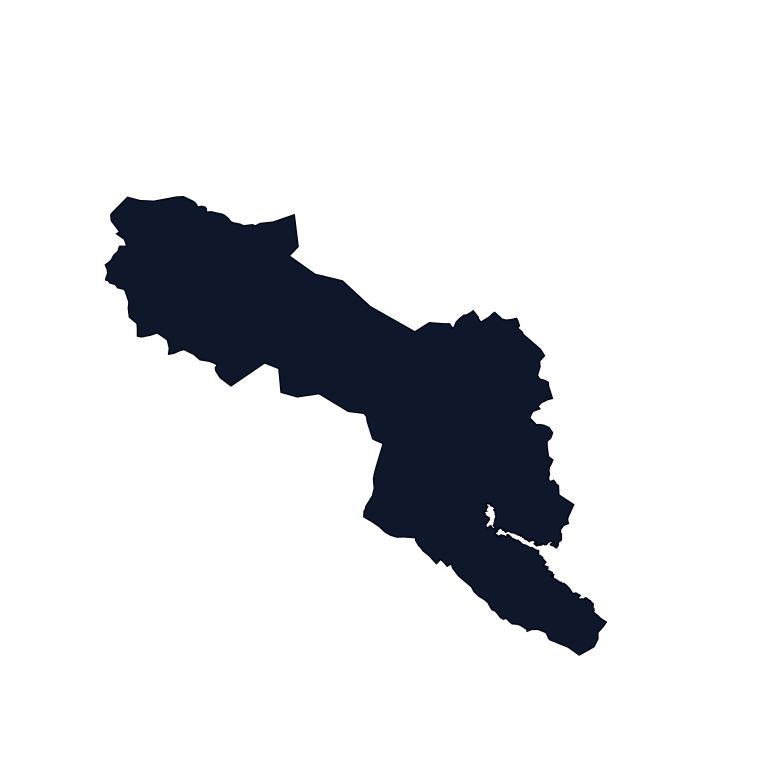 Gaular nor, Sogn og Fjordane, Norway (orthographic projection), rotated 214°
{"feature_id": "86288312B84255717767611", "entity_name": "Gaular nor", "entity_type": "district", "adm_level": 2, "iso_a3": "NOR", "parent_name": "Norway", "parent_adm1": "Sogn og Fjordane", "projection": "orthographic", "projection_center": [5.75, 61.331], "detail": "fine", "context": "isolated", "style": "filled", "palette": "ink", "viewbox_px": 768, "rotation_deg": 214, "n_neighbors": 0, "source": "geoboundaries", "source_scale": "gbopen_adm2", "svg_char_len": 6135}
<svg xmlns="http://www.w3.org/2000/svg" viewBox="0 0 768 768"><g transform="rotate(214 384 384)"><path d="M266.8,497.2L273.8,500.2L296.4,502.9L298.4,504.3L304.7,505.1L304.3,508.0L309.1,511.6L310.8,512.4L314.8,508.2L318.5,505.1L321.3,504.2L321.4,503.6L332.2,505.2L333.1,503.4L333.9,499.0L338.2,489.3L342.9,491.1L343.1,492.0L351.0,494.5L352.0,491.4L352.9,490.0L353.6,487.9L356.2,485.6L357.9,480.1L358.7,475.7L357.6,470.5L358.4,468.5L363.2,470.5L367.7,467.5L380.6,460.1L387.6,444.4L438.9,440.4L476.1,446.2L502.6,436.3L534.3,437.1L532.1,449.9L553.0,474.0L566.6,456.0L576.5,447.7L578.7,443.6L579.5,442.9L582.0,442.5L588.8,436.6L592.9,435.9L598.7,433.4L601.7,432.8L606.1,434.1L610.5,434.6L613.3,434.1L623.7,430.0L627.0,427.3L628.0,428.0L629.3,429.9L631.2,430.5L634.7,429.2L636.5,427.0L637.3,426.6L641.4,428.4L644.1,428.7L654.9,427.1L660.6,422.9L676.9,406.8L688.7,399.6L701.0,395.3L705.0,373.7L705.0,371.4L701.3,366.9L688.1,362.4L689.6,359.0L680.2,358.9L675.1,355.2L675.0,354.8L675.4,353.4L679.9,350.5L680.0,349.3L678.7,345.3L680.0,339.5L679.4,334.9L679.5,333.1L681.6,326.9L677.6,324.4L675.2,321.6L674.5,320.1L674.0,317.3L673.0,314.7L670.5,315.5L667.7,314.6L662.4,316.3L658.7,314.9L652.7,317.1L650.4,316.3L641.4,309.5L638.2,303.7L632.5,297.1L622.5,296.1L619.1,291.7L615.2,285.9L612.3,287.0L610.6,288.2L604.5,294.5L600.7,299.6L590.6,299.6L587.9,299.2L582.0,293.7L579.2,288.3L575.4,292.1L572.1,297.4L569.1,300.8L558.2,302.3L550.0,301.3L541.6,305.2L536.3,306.4L532.7,306.6L532.9,303.1L530.9,301.0L523.5,297.7L509.8,296.9L494.8,334.8L479.8,338.1L464.7,319.6L448.7,324.9L432.5,339.7L398.3,341.4L384.3,348.5L380.2,347.3L376.9,343.6L362.7,332.3L362.2,332.8L361.1,332.4L351.3,334.2L343.6,309.5L341.5,303.7L339.4,299.1L333.8,292.3L331.0,285.0L330.5,272.0L329.3,269.9L329.4,267.6L326.4,262.6L316.6,263.3L307.9,263.2L300.3,261.9L294.1,262.4L288.0,264.2L282.2,268.3L272.2,274.1L271.1,273.4L270.4,272.2L264.7,269.4L262.7,269.2L258.3,267.6L250.1,266.9L240.1,264.4L239.1,270.4L234.6,269.7L229.8,268.3L227.7,272.7L224.0,269.8L214.9,266.7L197.9,264.8L193.3,262.3L186.7,261.2L179.9,261.5L175.4,260.9L171.5,258.7L168.3,257.4L164.4,258.0L156.7,255.6L153.4,255.8L152.6,257.3L151.7,257.9L150.2,258.0L146.6,257.1L143.7,256.9L139.0,259.5L136.0,260.3L128.8,260.5L128.1,260.3L127.1,259.1L124.5,263.0L119.1,266.8L111.0,268.5L107.3,266.8L106.0,265.6L103.4,264.8L83.9,268.9L70.6,268.5L63.0,283.8L64.2,292.3L67.8,297.5L66.7,305.2L66.6,310.9L73.4,310.7L77.1,311.5L81.2,311.7L81.9,311.2L81.9,311.9L83.1,312.3L83.4,313.3L83.2,314.0L84.5,314.4L84.5,315.1L86.2,315.5L86.3,316.5L87.1,316.9L86.9,317.6L87.2,318.3L88.1,318.8L91.1,318.8L91.1,319.5L92.1,319.7L92.8,319.4L96.6,319.7L96.6,319.0L97.6,319.1L98.0,317.7L97.3,317.7L97.3,317.3L98.0,317.4L98.1,316.7L99.8,316.6L100.8,315.3L101.9,315.0L103.2,315.2L103.7,316.6L103.0,317.9L103.1,318.4L108.2,318.0L108.6,316.8L111.4,315.9L111.4,315.2L112.3,315.6L112.4,316.6L116.7,318.3L121.5,319.2L123.5,319.1L123.6,318.1L126.3,318.6L126.3,317.9L133.1,318.0L133.5,317.7L137.6,318.2L138.2,318.4L138.2,318.7L136.2,319.0L136.1,319.3L136.5,320.0L137.1,320.1L136.8,320.7L138.1,320.6L139.1,321.7L144.6,321.1L144.6,320.4L145.1,320.7L145.3,321.4L145.9,321.5L145.2,323.1L146.2,323.2L146.2,323.9L148.3,323.3L148.3,322.6L150.3,323.0L150.4,324.0L150.2,326.8L155.2,328.0L155.5,328.9L158.6,329.0L161.0,328.2L161.6,329.6L160.9,329.6L161.1,329.9L161.8,330.7L161.9,331.3L162.9,331.4L162.9,332.1L165.3,331.3L170.1,331.0L170.5,330.2L177.0,329.4L178.7,328.5L185.5,329.3L185.5,328.6L189.3,328.1L189.3,327.4L190.4,327.8L190.4,327.1L192.7,328.0L196.1,328.5L197.5,328.1L197.5,327.4L196.9,327.4L196.9,326.7L196.2,326.6L197.2,326.0L197.3,325.3L199.7,325.3L202.6,324.2L203.2,322.8L202.5,322.8L203.0,322.2L203.3,321.0L205.6,321.2L205.3,321.9L208.3,321.9L208.5,322.0L208.4,323.7L207.7,324.7L207.8,325.8L209.9,326.8L211.4,326.6L211.7,326.3L211.9,325.3L212.6,325.1L215.7,325.4L215.7,326.1L216.7,325.8L216.9,324.4L217.9,322.4L219.9,322.9L220.7,323.9L221.1,325.3L221.8,325.3L220.9,326.3L220.9,330.4L221.6,330.5L221.6,331.1L222.3,331.2L222.2,331.8L225.3,331.6L225.3,331.0L226.0,331.0L226.0,331.7L226.3,331.7L226.4,331.0L227.7,331.4L227.5,332.4L227.6,333.1L229.7,333.2L229.5,334.2L228.9,334.9L229.6,334.9L229.6,335.2L228.5,335.9L229.2,335.9L229.0,336.9L229.6,338.3L229.4,339.3L230.1,339.3L229.7,340.4L231.1,340.4L231.1,339.7L231.8,339.8L231.7,341.5L232.4,341.5L232.0,342.5L229.8,343.4L229.6,344.4L228.2,344.4L228.2,343.7L227.5,343.7L227.6,343.0L224.8,343.4L222.4,343.1L222.3,342.1L222.5,341.4L221.8,341.4L221.9,340.7L219.8,340.3L219.9,339.6L219.2,339.6L219.2,338.9L218.4,338.5L218.6,337.8L217.4,337.4L216.8,336.1L216.4,334.0L215.7,334.0L215.9,333.3L215.3,331.2L214.6,330.2L214.1,327.7L209.5,327.0L207.8,327.5L207.5,328.8L207.7,329.9L205.3,329.9L203.9,329.4L203.9,330.0L200.2,329.2L199.1,331.6L194.9,332.2L192.5,333.5L189.1,333.7L186.7,334.6L185.6,334.4L185.3,335.4L183.3,334.5L181.2,335.2L181.2,334.6L179.9,334.2L179.8,334.8L178.8,335.0L175.4,334.6L175.2,335.3L175.3,337.0L174.3,336.7L174.3,337.3L173.6,337.3L173.6,337.6L174.6,337.7L174.2,338.4L169.1,337.5L169.2,336.8L170.0,336.5L170.2,335.5L166.8,335.3L166.8,336.3L166.1,336.3L166.1,337.0L164.4,337.6L164.7,338.3L164.0,338.3L164.0,338.9L163.3,338.9L163.2,340.6L161.2,340.5L161.1,341.2L159.8,341.3L159.5,342.5L159.9,342.5L160.0,343.2L159.7,343.4L159.3,344.6L157.6,347.3L155.2,347.5L156.4,344.2L156.1,343.9L154.9,343.9L153.0,344.7L149.7,344.4L149.4,345.4L149.4,347.6L150.9,350.3L150.5,352.6L150.0,352.7L149.9,353.5L150.4,355.0L152.8,358.0L153.0,358.8L153.8,358.8L155.4,360.1L155.4,360.8L156.5,362.2L156.1,364.7L156.3,365.2L155.8,367.7L153.2,371.4L156.0,374.1L157.0,376.5L159.3,390.0L177.0,389.8L182.6,397.2L185.7,397.2L186.5,398.1L189.5,399.0L191.4,396.2L192.7,396.1L194.5,397.2L195.8,399.5L196.1,401.4L198.8,404.2L200.6,407.5L200.6,409.9L201.5,415.4L207.1,415.7L213.8,423.3L216.6,427.2L216.7,428.2L215.6,432.5L217.0,437.8L222.7,440.1L228.2,439.2L232.5,437.2L234.8,435.3L244.1,437.3L245.2,441.9L245.2,444.8L241.0,450.6L243.9,451.5L243.2,456.5L239.5,462.8L236.4,466.2L246.4,474.2L248.7,477.1L252.5,476.9L257.7,475.1L261.6,476.8L264.3,485.4L267.9,489.9L266.8,497.2Z" fill="#0f172a" stroke="#020617" stroke-width="1.5"/></g></svg>